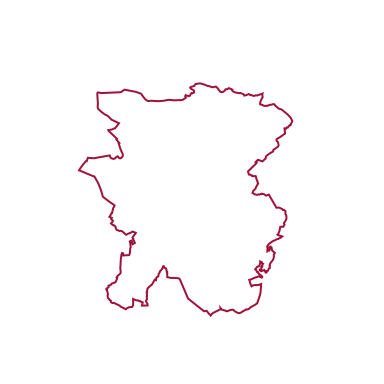 the district of Petrestii De Jos, Cluj, Romania, rotated 245°
{"feature_id": "2599482B6120631098136", "entity_name": "Petrestii De Jos", "entity_type": "district", "adm_level": 2, "iso_a3": "ROU", "parent_name": "Romania", "parent_adm1": "Cluj", "projection": "orthographic", "projection_center": [23.62, 46.582], "detail": "fine", "context": "isolated", "style": "outline", "palette": "rose", "viewbox_px": 384, "rotation_deg": 245, "n_neighbors": 0, "source": "geoboundaries", "source_scale": "gbopen_adm2", "svg_char_len": 6011}
<svg xmlns="http://www.w3.org/2000/svg" viewBox="0 0 384 384"><g transform="rotate(245 192 192)"><path d="M213.8,312.9L217.6,312.8L221.7,311.5L228.5,308.3L229.5,307.5L230.5,306.2L231.6,305.5L235.0,304.0L236.7,303.7L237.4,302.6L237.4,301.4L238.1,299.5L238.3,296.3L238.8,295.8L239.4,293.9L241.2,292.5L242.6,290.9L243.1,290.8L245.6,292.8L248.1,296.1L250.7,296.9L251.4,297.5L251.9,292.1L252.7,290.5L252.9,288.7L253.6,287.8L254.8,286.8L255.1,285.9L256.7,285.0L256.9,281.7L257.3,280.1L258.4,280.2L260.7,278.3L261.4,277.5L261.7,276.3L264.2,273.0L266.3,271.4L267.4,271.3L267.7,271.8L268.1,271.6L270.6,269.3L270.2,268.0L270.3,267.1L270.8,266.3L270.9,265.8L270.1,264.6L269.6,262.6L269.7,261.6L270.1,260.9L271.0,259.9L275.7,259.0L277.1,258.4L277.5,258.1L278.0,255.5L278.8,254.1L280.1,252.9L282.1,250.4L284.1,248.6L286.6,245.9L287.4,244.2L288.3,241.0L288.2,240.3L287.3,239.3L287.2,238.4L287.7,235.2L287.4,234.5L286.9,234.5L285.7,234.9L283.3,236.6L281.6,236.3L281.3,235.9L281.4,235.1L281.2,234.3L281.8,233.7L281.9,233.4L281.5,232.5L280.1,230.8L280.2,230.1L280.5,229.5L280.4,229.1L281.2,228.6L281.7,227.9L282.5,227.2L281.6,226.3L280.3,226.3L279.9,226.0L279.7,223.7L279.5,223.3L279.5,222.0L282.7,214.4L285.3,210.1L286.8,204.5L288.5,199.9L292.0,193.5L292.5,191.7L292.9,190.7L294.3,189.6L296.1,188.7L301.2,187.6L302.5,187.5L306.6,183.3L313.3,174.0L312.5,169.7L320.0,151.6L322.0,148.9L321.6,148.0L320.9,147.6L311.7,144.0L308.7,142.3L306.8,142.1L302.2,144.1L298.8,146.0L296.7,147.8L291.6,149.6L285.2,154.9L282.2,149.2L282.5,148.3L282.5,145.6L283.5,142.3L282.8,142.2L271.9,146.5L271.6,145.7L267.5,146.7L267.7,146.2L261.1,145.3L255.4,145.2L253.9,144.6L252.8,142.6L252.8,141.5L252.9,141.0L253.4,140.4L254.4,140.0L255.4,140.0L255.8,139.6L255.8,138.5L255.0,136.5L255.1,134.9L256.8,133.0L258.1,132.7L259.9,132.9L263.5,119.5L263.9,117.5L267.0,112.1L264.4,109.6L264.8,109.0L263.1,105.1L261.0,101.3L259.4,98.8L247.9,109.3L247.5,109.7L247.4,110.1L240.3,110.7L234.9,110.5L229.1,109.9L225.4,109.2L218.1,113.0L212.6,116.2L211.8,115.5L210.7,113.8L206.6,110.5L206.8,110.1L205.1,108.0L204.4,106.7L202.4,108.4L201.8,107.3L199.1,108.2L197.7,105.3L195.0,106.6L195.0,107.1L193.1,108.0L190.7,107.5L190.0,107.6L189.3,107.9L187.2,110.0L186.9,111.1L186.0,112.1L181.2,114.1L181.0,114.5L181.2,116.6L181.0,119.5L181.3,121.2L180.7,122.1L178.6,123.8L176.0,118.9L170.0,118.7L169.8,116.1L173.5,116.7L173.5,114.7L171.4,114.3L168.1,113.2L167.0,112.2L165.5,111.3L162.7,109.8L161.4,108.3L163.6,102.7L164.2,102.9L165.4,103.7L166.3,102.9L165.6,102.0L162.1,99.6L153.2,94.8L149.7,93.6L148.7,93.0L148.2,91.9L147.3,88.8L146.5,87.6L145.9,88.0L145.1,87.4L142.6,84.7L142.8,83.9L142.6,82.9L142.9,80.6L142.0,78.8L142.4,77.5L142.4,76.7L140.9,76.1L140.6,74.0L140.4,73.8L139.6,73.7L139.8,73.2L138.1,73.3L135.5,72.8L134.7,72.6L133.7,71.6L131.8,71.1L129.7,71.5L129.6,71.8L128.4,71.9L127.7,72.5L127.0,72.1L126.4,72.0L125.0,72.9L124.7,73.4L124.7,74.2L119.5,78.5L118.5,78.7L113.7,82.5L114.2,84.1L114.1,86.5L113.1,89.2L113.9,90.3L115.0,91.2L119.9,93.4L117.4,95.7L116.3,97.5L115.3,98.1L115.0,98.9L113.9,99.6L112.8,100.7L110.2,98.6L107.9,103.8L109.5,104.4L112.7,104.1L113.9,106.0L116.2,106.6L116.6,107.2L117.4,107.6L120.2,108.5L120.1,109.0L121.3,109.4L123.3,110.9L123.8,112.1L123.9,112.7L124.1,112.9L125.2,116.9L128.3,121.1L127.3,122.1L128.2,122.8L129.0,123.1L129.6,123.7L129.8,124.6L129.7,125.7L131.8,127.2L132.6,128.5L133.8,129.6L134.0,130.6L134.9,132.3L136.9,134.6L136.7,135.1L135.2,134.8L134.0,136.0L132.9,136.1L129.5,135.2L129.5,135.5L125.3,133.6L122.9,136.8L120.8,141.4L119.1,143.7L118.0,144.1L97.1,143.4L78.8,152.5L78.1,155.1L75.6,155.6L72.2,156.7L73.1,158.4L73.5,160.3L73.7,168.4L74.9,168.8L72.6,169.4L70.0,172.6L69.8,172.5L69.3,172.9L69.0,173.5L68.9,176.1L68.6,177.8L68.0,179.4L66.8,180.1L65.8,180.3L63.0,182.5L62.2,183.5L62.0,186.0L62.4,187.1L62.4,189.3L62.6,190.0L62.5,190.7L62.8,191.4L62.1,192.6L62.0,193.5L62.5,196.0L62.8,196.5L63.1,201.4L63.6,204.0L67.9,208.3L71.4,211.3L79.4,215.8L79.6,213.2L80.2,211.4L81.1,209.7L81.6,207.6L81.4,206.1L83.0,206.0L88.2,206.8L87.9,208.0L87.8,212.4L87.4,216.6L86.9,217.3L84.9,219.0L85.3,219.8L85.5,219.9L87.0,219.4L90.0,217.8L91.3,218.1L91.9,217.2L93.2,217.1L93.8,217.3L94.7,216.7L95.2,216.6L96.6,219.3L96.7,220.4L96.4,221.2L96.6,221.5L98.5,223.7L100.2,224.4L98.8,225.6L98.1,224.9L96.9,226.0L95.1,223.4L94.7,224.0L93.7,222.7L92.3,222.0L93.1,220.7L92.5,220.3L92.3,220.4L91.3,221.1L90.9,221.6L90.8,224.5L87.8,224.7L87.7,225.6L88.3,225.8L88.4,226.3L88.7,226.3L88.5,226.7L88.7,227.8L89.8,228.9L90.2,229.7L90.3,230.5L91.1,230.5L92.4,231.6L93.1,231.5L94.2,232.7L96.5,237.1L98.9,239.0L100.6,239.6L101.7,241.4L104.3,240.2L105.7,239.9L106.5,240.3L107.3,240.2L108.2,240.7L109.1,240.2L110.1,240.2L109.3,239.8L106.4,237.5L107.0,237.1L106.9,236.8L106.6,236.6L106.4,235.3L107.2,235.7L107.4,236.0L107.8,235.8L109.7,237.6L110.7,236.9L112.3,239.3L113.3,244.0L113.2,247.4L113.4,248.5L113.0,250.6L113.2,251.9L113.1,253.1L113.6,255.0L116.4,251.9L117.2,251.5L117.5,252.4L119.8,254.9L123.1,257.2L122.9,258.1L121.9,260.1L123.4,262.1L124.6,262.1L125.3,262.5L125.9,263.9L127.5,266.0L129.8,267.2L131.5,267.6L132.3,267.4L135.5,268.6L137.3,267.4L137.3,266.8L138.4,266.5L140.7,264.7L141.4,263.7L142.0,261.9L157.2,260.5L157.3,257.9L157.7,257.4L159.6,256.3L160.4,255.3L160.5,254.6L161.0,254.5L161.2,252.6L161.1,252.0L161.8,251.1L161.9,249.8L163.4,247.8L164.7,247.1L165.4,246.4L167.0,247.8L168.2,250.9L169.6,252.4L171.7,255.5L172.3,255.3L173.8,255.9L174.0,255.7L176.4,255.9L179.4,256.5L179.7,256.2L180.1,255.0L180.9,253.3L181.6,253.4L182.2,252.5L183.0,252.3L183.8,250.9L187.0,251.5L190.9,262.6L191.3,263.0L192.2,262.3L193.2,264.8L192.8,265.1L193.0,265.8L190.0,268.7L190.3,270.0L190.8,271.3L191.3,273.1L192.4,273.5L193.3,274.8L194.0,278.0L194.5,282.6L194.9,283.1L195.8,283.5L196.2,286.3L196.8,289.0L197.4,290.0L198.2,290.4L201.0,291.0L202.8,290.2L204.2,291.2L204.5,294.8L205.7,301.1L210.6,302.7L210.6,303.1L209.6,303.7L210.4,305.5L209.9,306.0L211.1,308.3L210.9,309.1L211.0,309.6L211.6,309.6L211.9,310.5L213.8,312.9Z" fill="none" stroke="#9f1239" stroke-width="2"/></g></svg>